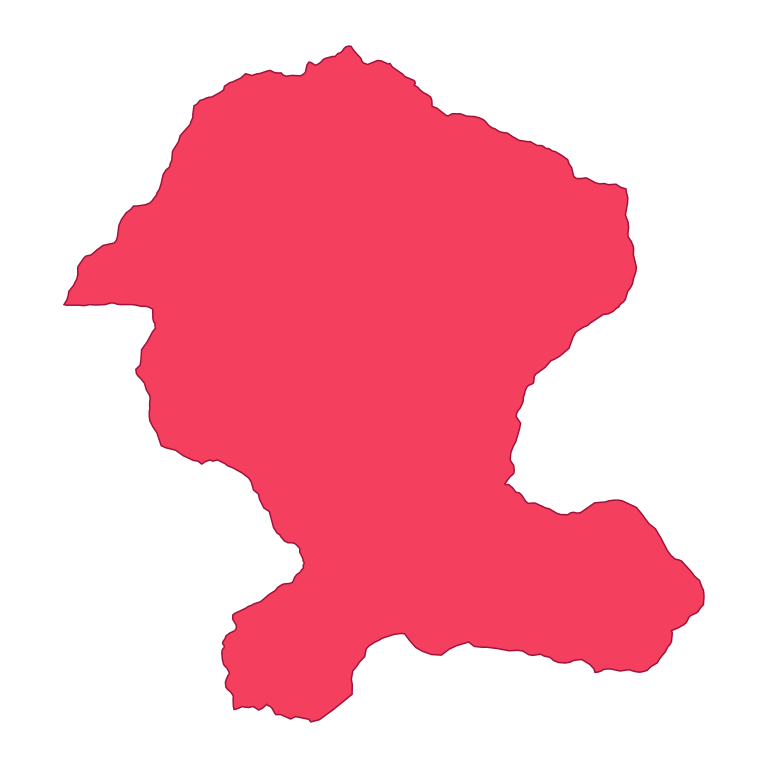 Toewang, Punakha, Bhutan
{"feature_id": "84629894B31027958924606", "entity_name": "Toewang", "entity_type": "district", "adm_level": 2, "iso_a3": "BTN", "parent_name": "Bhutan", "parent_adm1": "Punakha", "projection": "albers", "projection_center": [89.944, 27.737], "detail": "fine", "context": "isolated", "style": "filled", "palette": "rose", "viewbox_px": 768, "rotation_deg": 0, "n_neighbors": 0, "source": "geoboundaries", "source_scale": "gbopen_adm2", "svg_char_len": 6051}
<svg xmlns="http://www.w3.org/2000/svg" viewBox="0 0 768 768"><path d="M234.1,709.5L236.9,708.9L241.9,706.7L248.7,707.5L253.2,706.5L258.6,710.0L262.3,708.4L266.8,704.3L267.7,705.4L270.1,706.3L272.2,708.5L274.7,713.2L275.9,714.6L280.7,714.6L290.6,719.0L295.5,716.6L308.8,719.3L310.8,721.9L319.4,719.7L333.5,709.4L352.1,694.3L352.3,684.5L351.3,679.2L352.8,670.9L355.7,667.6L359.7,661.8L364.7,656.6L366.2,648.9L369.1,645.8L374.0,642.6L379.4,640.0L382.2,638.2L394.4,634.3L400.9,633.5L404.7,633.8L409.5,640.4L415.8,647.5L422.5,651.3L431.5,654.5L441.3,655.1L449.3,649.1L456.5,645.7L468.7,642.0L474.2,646.4L482.4,647.3L486.7,647.2L498.4,648.7L509.2,650.8L518.0,650.3L522.7,651.0L528.8,654.7L532.5,655.4L540.8,654.2L543.9,656.0L549.9,657.3L553.6,660.5L558.5,662.5L565.3,663.0L570.2,662.2L573.0,660.7L577.0,659.9L581.9,659.6L589.9,664.5L593.9,668.8L595.0,672.4L598.0,672.1L601.9,670.7L603.1,669.6L606.4,669.0L611.0,669.0L620.0,671.0L629.1,669.7L634.7,671.5L639.5,672.2L641.7,671.9L647.0,670.5L650.8,666.7L657.2,662.9L659.6,658.8L665.3,651.8L667.8,646.9L670.1,644.3L671.5,641.6L672.3,632.9L671.5,630.6L677.6,628.1L684.0,624.6L686.3,622.5L689.2,616.9L691.2,615.3L696.3,613.0L698.1,611.6L700.9,607.3L703.4,604.7L704.0,596.9L703.7,592.3L703.3,589.8L702.0,587.4L699.4,580.1L697.7,579.1L694.3,575.9L691.1,571.5L681.4,560.9L678.8,559.9L675.1,559.1L670.9,555.4L667.4,550.6L660.8,537.9L655.3,528.7L648.9,523.7L641.2,513.2L636.3,507.4L622.2,500.8L618.0,500.1L613.5,500.2L608.7,500.9L605.1,502.0L594.7,502.8L580.5,512.7L577.3,513.1L573.5,512.3L570.7,512.8L567.8,514.7L560.9,514.6L556.8,513.3L549.3,508.8L546.0,508.1L535.4,503.2L533.4,503.0L528.5,503.4L527.6,502.9L525.7,501.3L522.0,495.5L519.5,493.0L515.8,492.1L512.5,487.7L508.7,484.6L505.3,484.5L505.0,483.6L509.8,477.0L513.2,474.1L513.9,472.9L514.2,470.2L513.7,465.4L510.5,460.7L510.3,458.2L510.9,452.4L513.1,446.7L515.9,441.3L519.5,428.9L520.6,423.2L516.2,416.7L516.2,415.3L516.7,413.3L517.9,410.9L520.2,408.0L522.4,403.4L523.2,400.8L523.4,397.3L524.6,393.7L525.1,390.8L526.9,387.1L528.7,385.3L532.6,383.7L533.6,382.7L534.3,376.4L535.7,374.2L545.1,367.4L551.0,360.6L554.3,359.3L559.6,356.2L569.0,348.3L573.1,337.0L575.4,332.8L577.2,331.0L583.7,327.0L587.7,325.4L589.7,323.4L603.2,314.5L608.4,313.8L613.2,311.3L616.9,307.8L618.4,307.4L620.1,304.5L623.8,301.6L625.3,299.4L627.7,291.5L630.6,287.5L632.5,283.8L633.5,278.7L635.9,271.5L636.4,267.1L633.4,254.8L633.6,248.3L633.2,246.1L631.2,241.3L628.2,236.9L627.9,233.7L628.6,227.3L628.1,222.2L625.4,215.1L627.5,203.1L627.8,197.8L626.3,192.0L626.0,188.9L620.8,187.3L616.0,184.2L608.2,184.7L604.4,183.5L599.6,183.9L595.2,182.7L587.1,178.2L585.3,177.9L581.5,178.5L576.3,178.5L574.1,176.7L573.2,174.6L571.7,167.7L569.1,164.0L567.7,159.7L561.7,155.4L555.1,151.5L552.6,151.1L549.1,148.7L546.1,148.4L544.8,147.8L544.0,146.8L541.9,145.6L536.8,145.4L530.5,141.7L526.6,141.5L519.0,140.3L512.5,136.6L507.5,133.1L502.1,132.4L498.8,131.3L494.6,128.6L492.2,127.9L488.9,125.7L485.3,121.3L483.1,119.5L478.9,117.7L474.2,116.5L466.8,116.2L460.2,113.7L456.4,113.9L453.9,113.6L451.9,113.9L448.1,115.9L446.1,115.4L436.7,108.0L432.1,106.4L431.8,100.3L430.7,97.1L427.0,94.4L423.7,92.8L419.7,89.6L418.0,87.5L414.2,85.0L415.3,83.3L414.6,81.0L413.5,80.2L404.9,76.6L402.5,74.0L392.5,67.2L390.0,63.5L388.0,64.0L381.6,61.0L377.7,60.4L367.6,64.5L363.4,62.9L361.8,61.0L360.9,58.3L353.8,50.6L351.0,46.3L348.5,46.1L346.0,46.8L344.1,48.4L342.3,51.1L340.0,53.0L338.0,53.4L335.1,56.5L332.4,56.5L325.9,58.2L323.3,59.4L320.6,62.4L317.2,64.6L315.0,65.2L311.5,62.7L309.0,62.0L307.0,64.9L305.3,72.5L302.3,75.0L300.1,75.8L291.7,75.4L285.9,76.2L282.8,74.8L281.2,72.9L277.7,73.0L274.3,72.5L270.2,70.4L267.3,71.0L259.9,73.5L257.3,73.7L251.9,75.5L245.5,73.7L240.8,78.0L232.4,82.0L229.9,82.6L224.5,86.2L223.6,89.9L220.5,92.2L211.6,97.1L209.1,97.2L206.2,98.1L203.1,99.6L200.0,100.4L196.8,104.2L194.0,105.8L192.8,114.6L192.9,117.4L190.7,122.2L190.2,124.5L180.2,135.6L178.4,141.9L173.2,150.1L172.4,152.1L171.8,160.0L169.9,164.6L169.9,166.1L169.1,167.5L166.2,169.7L163.1,174.6L161.1,183.8L159.3,189.4L156.9,193.1L156.8,194.5L151.7,201.3L149.7,203.0L145.3,204.8L136.8,206.0L133.6,206.0L130.8,209.4L126.1,212.9L121.4,219.6L118.9,225.5L117.4,237.1L116.2,240.5L114.9,242.2L114.0,243.0L102.9,245.5L96.6,250.2L91.2,254.9L85.7,256.2L83.7,258.2L78.2,266.2L77.7,268.1L77.8,274.9L76.8,278.9L73.5,285.5L68.8,291.4L68.3,295.2L66.8,300.0L64.0,304.6L66.3,305.2L79.0,305.2L84.0,305.7L89.6,304.6L95.8,305.0L104.9,304.6L111.2,302.9L114.1,303.1L117.2,304.2L120.7,304.6L131.3,304.6L134.4,304.8L141.3,306.3L145.6,306.3L148.9,307.1L152.7,309.2L152.9,318.6L153.8,322.2L155.0,323.0L154.9,325.1L155.4,328.2L152.6,331.7L147.1,342.0L141.6,349.6L140.9,360.2L140.1,365.2L135.8,369.3L136.4,373.4L137.8,375.7L141.0,378.9L144.5,383.3L146.3,389.7L149.7,395.6L150.2,398.7L149.7,401.8L149.6,406.9L150.0,407.7L149.3,411.2L149.3,416.5L149.8,420.6L152.8,426.7L156.9,432.8L161.2,445.7L165.9,447.8L175.6,450.2L183.4,455.8L193.3,460.4L198.2,461.2L201.3,463.9L202.1,463.9L205.0,461.8L209.3,460.2L210.7,460.2L212.7,461.1L217.6,460.0L224.9,463.6L227.5,465.7L232.5,467.7L242.1,472.9L248.8,478.1L251.3,482.1L253.5,490.0L258.5,494.1L259.5,499.2L263.9,508.0L269.3,511.5L273.6,527.7L277.1,533.1L279.8,534.8L281.0,537.0L284.4,540.9L287.9,542.7L292.9,542.9L295.2,543.8L298.9,547.3L299.8,549.0L299.7,552.0L302.3,557.4L303.0,559.1L303.1,560.8L304.1,562.5L304.0,563.8L303.2,565.2L303.3,567.5L302.9,568.6L301.4,570.1L299.9,572.4L296.6,574.7L294.6,577.4L293.0,581.6L292.3,582.3L290.2,583.4L284.3,583.9L282.1,584.6L277.9,587.2L275.5,590.4L269.2,594.4L260.4,601.8L253.8,603.9L251.4,605.4L248.2,606.5L245.6,608.3L234.7,613.4L232.8,615.0L232.7,619.2L236.0,624.8L236.4,625.9L236.2,628.6L234.6,630.8L229.8,633.0L226.0,635.9L224.9,638.9L223.1,641.3L222.6,643.0L222.7,643.9L224.2,645.6L224.2,646.8L224.1,647.7L222.4,649.4L221.8,652.6L222.4,659.7L223.5,664.0L224.4,665.6L227.2,668.5L229.3,672.8L229.2,674.1L227.8,675.9L225.9,680.4L225.4,682.7L225.8,686.8L227.3,689.2L230.6,691.9L233.3,695.8L233.1,700.5L233.4,706.8L234.1,709.5Z" fill="#f43f5e" stroke="#9f1239" stroke-width="1.5"/></svg>